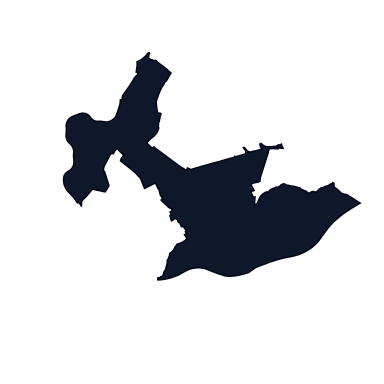 outline of Zevenaar, Gelderland, Netherlands, rotated 306°
{"feature_id": "6326949B47672258677140", "entity_name": "Zevenaar", "entity_type": "district", "adm_level": 2, "iso_a3": "NLD", "parent_name": "Netherlands", "parent_adm1": "Gelderland", "projection": "mercator", "projection_center": [6.087, 51.928], "detail": "fine", "context": "isolated", "style": "filled", "palette": "ink", "viewbox_px": 384, "rotation_deg": 306, "n_neighbors": 0, "source": "geoboundaries", "source_scale": "gbopen_adm2", "svg_char_len": 5935}
<svg xmlns="http://www.w3.org/2000/svg" viewBox="0 0 384 384"><g transform="rotate(306 192 192)"><path d="M224.4,79.9L222.3,81.3L219.1,82.7L210.9,85.3L208.4,85.9L206.7,85.9L204.5,85.5L202.5,84.8L200.0,83.3L198.8,82.2L198.1,81.3L197.5,80.3L196.7,78.7L195.6,76.6L193.4,73.7L192.9,72.7L192.5,71.9L192.2,70.2L192.1,68.7L192.2,67.8L193.2,64.5L193.3,63.4L193.4,62.4L193.2,61.1L192.9,59.8L192.4,58.7L191.8,57.7L191.0,56.6L189.3,55.1L182.7,50.8L179.9,49.7L177.4,49.4L176.2,49.5L174.9,49.8L173.2,50.3L171.8,51.1L168.1,54.1L163.9,56.7L162.5,57.8L161.1,59.7L160.3,60.8L160.0,61.7L159.6,63.0L159.2,65.9L158.8,67.5L157.9,69.5L157.1,70.6L155.6,72.3L151.3,75.1L147.7,78.3L146.6,79.1L144.5,80.2L142.7,80.7L140.5,80.9L138.3,80.6L136.9,80.1L135.2,79.4L133.7,79.0L131.8,78.8L130.6,78.9L129.3,79.2L126.7,80.6L125.6,81.5L123.6,83.4L122.3,85.0L121.4,86.5L120.5,88.2L119.8,90.0L119.4,91.9L118.5,97.2L118.0,99.6L116.8,103.0L115.8,105.7L116.7,106.1L117.0,106.4L116.8,107.7L115.6,110.4L115.6,110.8L115.9,110.7L119.0,108.6L119.7,108.3L122.4,108.4L126.2,109.1L135.8,109.8L141.0,121.7L145.3,121.4L148.4,121.0L157.2,109.0L156.5,108.4L157.9,107.2L160.0,106.2L161.0,105.9L162.6,105.6L175.1,103.8L175.5,103.9L176.8,105.9L180.3,105.4L183.3,106.2L182.4,109.6L182.3,111.1L181.7,114.5L181.8,115.0L177.5,115.1L175.2,115.8L174.7,128.0L174.3,134.3L174.1,135.8L173.4,138.7L172.8,142.3L167.0,151.5L177.8,157.1L174.7,162.7L175.5,163.0L175.4,163.1L172.8,165.9L171.2,167.8L169.1,172.4L167.3,171.8L166.9,174.2L165.9,181.8L165.9,183.0L166.5,185.9L166.1,185.8L165.8,187.1L162.8,186.0L162.7,186.5L161.0,189.1L160.0,188.0L156.6,192.3L158.1,193.2L160.5,193.7L161.2,196.3L159.6,198.4L159.7,198.9L159.6,199.2L160.3,199.7L157.7,203.8L158.2,204.3L159.0,204.9L158.1,207.9L157.3,210.2L156.0,210.0L155.4,211.9L153.0,211.0L151.6,214.9L148.8,215.1L147.0,214.2L145.5,213.8L144.3,213.1L141.5,210.9L141.1,210.7L137.6,210.6L134.3,211.2L131.1,210.8L129.4,210.0L127.9,210.9L127.0,211.2L124.1,212.0L122.1,212.1L120.3,213.6L113.9,216.1L110.3,216.4L108.6,217.2L106.5,217.6L105.0,216.5L103.6,216.2L102.7,214.9L102.1,215.0L100.8,216.0L102.6,218.3L105.0,220.8L107.7,223.3L110.8,225.8L113.6,227.7L116.5,229.6L124.8,233.5L127.7,235.1L129.6,236.5L130.9,237.7L133.9,240.8L135.4,242.9L137.2,246.4L137.7,247.7L138.3,249.8L139.5,254.7L140.1,256.8L141.3,261.3L142.7,265.2L143.5,267.9L145.0,270.5L146.6,272.8L148.9,275.5L151.3,277.9L155.9,282.0L157.2,283.0L160.5,285.3L168.1,287.8L172.5,290.5L177.9,294.2L180.1,295.5L186.2,299.9L191.7,304.3L195.8,307.9L196.6,308.9L200.0,311.9L204.2,315.2L208.7,317.9L214.2,320.4L217.2,321.5L223.6,322.9L227.1,323.2L241.6,323.2L244.3,323.3L250.8,324.0L262.6,326.9L272.6,330.6L281.9,334.6L280.9,319.1L280.5,317.8L279.5,316.2L278.9,313.8L278.9,313.4L279.6,307.3L279.6,305.3L279.7,304.6L280.0,303.8L280.6,303.1L282.0,302.2L282.5,301.7L282.5,301.2L282.3,300.4L280.7,300.3L279.8,299.3L278.8,298.9L278.0,298.7L276.8,298.2L275.3,296.9L274.3,296.2L272.5,295.4L271.4,294.2L270.4,293.7L269.4,293.5L269.0,293.2L268.4,293.2L267.2,292.9L266.6,292.8L266.0,293.0L265.0,292.5L264.3,291.5L264.2,290.9L263.9,290.1L263.6,289.6L262.6,288.8L261.6,288.1L260.8,288.0L259.6,287.2L259.6,284.7L259.7,283.4L258.8,281.5L258.9,281.2L258.8,279.9L258.4,278.6L258.7,277.1L258.7,276.5L258.1,276.0L257.9,274.8L257.4,273.7L257.2,272.8L256.9,272.0L255.9,269.9L255.0,268.7L254.4,267.2L254.2,266.2L253.1,264.5L253.1,263.7L252.9,262.2L252.7,261.6L252.2,260.9L251.9,260.8L251.6,260.8L250.5,260.0L249.4,259.7L248.4,259.8L248.1,259.7L248.0,259.4L246.8,259.0L246.3,258.5L245.9,258.3L245.7,258.0L245.8,257.8L245.7,257.5L245.1,256.9L243.6,256.5L243.1,255.8L241.9,255.0L239.3,253.8L238.3,253.8L237.5,254.0L237.2,253.9L236.6,253.4L236.0,252.3L234.9,251.6L233.5,251.1L233.1,250.8L230.2,250.1L229.8,250.0L229.2,250.2L227.9,249.9L225.1,250.6L224.6,250.5L223.5,251.0L221.1,251.4L220.0,251.1L219.2,250.3L218.6,250.1L218.5,250.3L218.2,250.0L225.0,246.0L224.7,245.8L224.4,244.9L224.0,244.4L226.3,240.0L226.7,239.6L227.1,239.4L229.7,241.4L232.8,235.0L233.1,235.0L235.8,236.8L239.1,239.8L240.6,240.7L241.1,240.2L241.9,239.9L243.7,238.8L245.6,238.2L269.2,230.3L269.5,229.8L269.5,229.2L271.2,229.6L271.3,229.2L272.6,229.4L273.3,230.2L275.1,232.5L277.5,236.2L278.3,235.9L280.9,240.0L282.0,237.9L282.9,236.8L283.2,236.1L282.1,236.0L280.7,233.9L280.2,234.0L278.2,233.0L277.8,232.5L277.2,231.5L275.3,229.9L274.7,228.7L272.8,226.5L272.4,225.7L272.0,224.4L271.6,221.9L271.9,219.3L270.9,219.4L270.6,218.8L270.0,219.3L269.3,220.2L267.7,223.2L261.9,218.7L261.4,217.9L258.4,215.4L258.2,215.0L257.7,212.4L258.6,209.1L258.9,208.5L258.7,208.0L258.1,207.5L257.8,208.1L256.9,211.0L256.7,211.4L256.3,211.9L255.7,212.3L254.3,212.6L253.5,212.3L246.9,207.2L246.9,207.4L246.6,207.2L246.7,206.9L246.4,206.8L246.4,207.0L246.0,206.7L245.9,206.5L246.0,205.7L244.8,205.6L238.2,200.3L234.2,197.3L228.2,192.4L227.4,192.2L227.2,192.0L227.4,191.9L227.4,191.7L209.4,177.7L208.8,174.2L207.5,174.5L206.6,174.5L206.1,174.4L205.9,169.9L205.6,167.8L205.9,141.1L206.0,135.4L206.1,134.6L204.6,134.2L204.1,133.8L204.7,128.8L205.0,127.6L205.0,126.7L207.7,126.7L211.6,127.4L214.0,128.2L215.6,128.5L217.7,128.7L220.2,128.6L223.6,127.8L224.8,126.9L225.7,125.9L226.4,125.3L227.2,125.2L227.4,124.7L227.6,124.5L230.4,123.8L233.5,122.2L237.2,120.8L236.9,119.5L235.9,118.5L236.0,117.6L238.1,115.2L243.6,110.2L244.3,109.7L253.3,107.1L260.4,105.8L260.7,106.1L261.8,106.0L265.0,105.4L266.7,106.0L275.9,105.1L276.2,101.0L276.4,100.7L276.5,99.9L276.7,95.1L276.7,92.1L276.8,87.9L277.2,85.8L277.1,85.1L276.0,84.1L275.7,83.6L275.7,83.1L275.8,82.8L275.4,82.1L274.8,80.6L275.1,77.8L275.2,77.5L275.8,77.2L276.9,77.1L277.2,76.5L279.4,76.1L279.6,75.7L279.2,75.5L279.0,75.1L278.4,74.9L278.3,74.7L274.5,74.5L270.6,73.6L268.1,72.6L265.0,71.0L263.8,72.0L263.7,72.3L263.6,72.1L262.2,73.2L256.2,76.4L256.9,78.0L254.6,79.0L251.1,78.3L249.7,78.4L245.2,79.1L245.2,78.8L240.7,79.1L230.1,79.2L229.2,79.3L229.2,79.5L228.0,79.7L225.3,81.3L224.4,79.9Z" fill="#0f172a" stroke="#020617" stroke-width="1.5"/></g></svg>